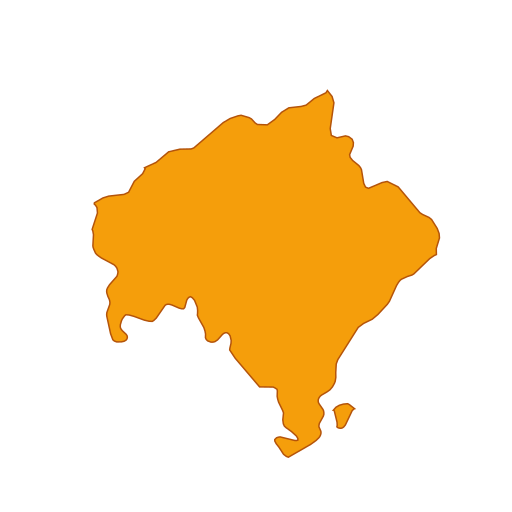 the border of Arezzo, rotated 109°
{"feature_id": "ITA-5387", "entity_name": "Arezzo", "entity_type": "Province", "adm_level": 1, "iso_a3": "ITA", "parent_name": "Italy", "parent_adm1": "", "projection": "natural_earth1", "projection_center": [12.009, 43.52], "detail": "fine", "context": "isolated", "style": "filled", "palette": "amber", "viewbox_px": 512, "rotation_deg": 109, "n_neighbors": 0, "source": "natural_earth", "source_scale": "10m", "svg_char_len": 3362}
<svg xmlns="http://www.w3.org/2000/svg" viewBox="0 0 512 512"><g transform="rotate(109 256 256)"><path d="M208.9,390.2L200.0,380.9L185.9,372.5L179.8,362.8L175.9,352.2L174.1,350.0L140.5,330.4L134.4,325.2L129.3,318.6L127.8,315.9L127.4,307.6L127.9,304.9L130.5,300.1L131.2,297.5L128.3,288.0L120.7,282.7L111.8,278.6L105.2,273.2L99.9,262.0L97.0,257.7L88.1,252.2L78.9,243.0L76.3,242.4L80.4,236.0L85.8,232.2L111.4,227.3L117.5,224.0L117.9,217.9L113.3,210.5L113.0,207.2L114.3,203.1L117.1,200.8L120.5,199.9L129.7,200.5L132.1,199.1L134.2,195.8L137.0,188.2L138.4,186.0L140.0,184.4L152.2,177.8L155.2,174.9L155.4,171.7L145.5,160.7L142.8,156.2L144.4,144.0L161.7,115.2L162.5,112.0L163.2,105.0L164.3,101.9L171.0,93.6L175.1,90.2L179.2,88.4L190.2,88.0L195.9,85.9L197.5,87.6L201.9,90.9L221.5,100.9L223.2,102.3L226.1,106.2L230.6,110.9L232.0,111.8L234.5,112.7L238.2,113.5L255.4,115.1L258.9,116.1L271.6,121.7L277.9,125.5L284.7,132.3L290.2,136.1L327.3,144.9L331.9,145.0L340.1,142.7L344.8,141.0L348.8,140.3L350.9,140.4L354.8,141.1L358.4,142.5L361.1,144.4L366.0,148.6L367.5,149.6L369.3,150.2L371.2,150.4L372.9,150.0L374.3,149.2L375.4,148.0L379.2,142.8L380.4,141.7L381.9,140.9L383.6,140.3L385.5,140.2L393.5,141.6L395.4,141.4L397.0,140.9L400.6,137.6L402.2,136.9L404.0,136.7L406.0,136.9L407.7,137.5L408.8,138.1L410.8,139.1L416.2,142.9L435.7,159.9L435.6,162.1L434.5,165.4L429.2,172.2L426.9,175.8L424.8,178.0L423.4,178.5L421.2,177.4L420.1,176.0L419.2,174.3L417.8,159.2L417.3,157.6L416.5,156.5L414.9,157.0L413.0,159.3L410.4,165.4L408.5,171.8L407.6,173.8L405.8,175.5L402.2,177.3L395.4,178.9L393.4,180.5L386.8,187.1L384.1,189.0L381.8,190.3L376.6,191.9L375.2,192.7L374.6,195.0L374.3,197.0L378.6,210.0L359.5,242.3L353.4,250.3L351.5,250.7L346.7,251.2L343.9,252.0L339.9,254.5L338.4,256.6L338.0,258.5L338.6,260.1L339.7,261.3L341.1,262.2L347.8,265.0L350.4,267.0L351.4,268.6L352.1,270.5L352.0,274.1L351.1,275.9L349.7,277.2L346.2,278.3L343.7,279.7L340.6,282.0L333.1,290.4L331.0,292.2L329.2,292.6L326.4,293.5L323.4,294.9L317.9,299.7L316.2,302.6L315.8,304.7L316.8,305.9L318.3,306.7L320.2,307.1L327.9,306.6L329.5,307.3L330.1,309.0L330.3,311.8L329.7,319.4L329.8,321.8L330.2,323.5L331.0,324.9L332.2,325.9L347.2,330.1L350.3,331.7L351.6,332.8L352.5,335.9L353.0,340.7L352.8,351.7L353.1,356.7L353.9,359.9L355.4,360.8L359.0,361.9L361.0,362.1L365.1,361.9L366.9,361.4L368.3,360.6L369.3,359.4L370.2,358.0L372.3,353.3L373.3,352.0L374.6,351.2L376.3,351.0L377.9,351.5L379.6,353.0L381.0,355.3L382.6,359.8L382.5,362.3L381.8,364.1L376.8,368.2L361.3,377.6L359.8,378.2L358.0,378.6L349.5,378.5L347.7,378.9L346.1,379.7L344.8,380.6L342.4,382.9L339.7,384.9L338.1,385.7L336.5,386.1L334.5,386.0L330.7,385.1L320.5,380.9L318.3,380.9L315.9,381.3L312.8,383.5L311.4,385.4L310.5,387.4L308.2,401.6L307.3,404.7L306.5,407.0L305.5,408.7L302.3,411.7L300.6,413.0L299.3,413.6L288.8,416.6L285.5,418.4L284.2,419.6L267.0,419.9L262.0,422.1L260.3,424.2L259.5,425.9L258.3,426.1L250.9,419.6L247.3,414.7L240.7,400.8L237.2,397.2L225.0,395.4L215.1,390.0L209.6,389.2L208.9,390.2ZM368.3,113.1L368.5,113.4L370.8,114.7L386.7,116.5L389.1,117.4L390.2,118.2L390.6,118.6L391.0,119.2L391.3,119.8L391.5,120.5L391.7,122.1L391.6,122.9L391.4,123.6L391.1,123.9L390.8,124.0L389.6,124.1L386.7,125.3L377.2,131.4L376.4,132.3L376.5,132.6L373.0,131.2L370.0,128.6L367.6,125.2L365.8,121.2L366.2,119.1L368.3,113.1Z" fill="#f59e0b" stroke="#b45309" stroke-width="1.5"/></g></svg>